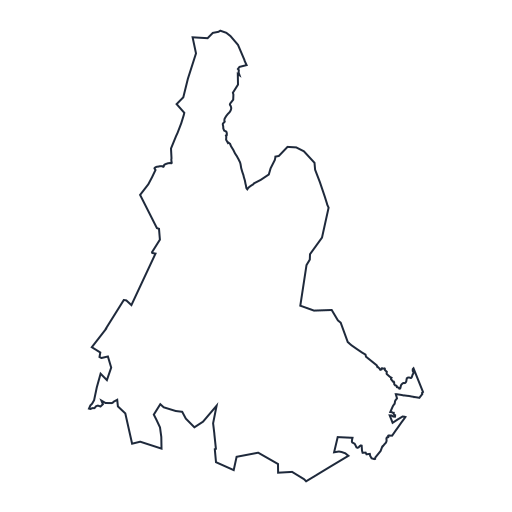 Tlalchapa, Guerrero, Mexico (Robinson projection)
{"feature_id": "50627088B97959743507654", "entity_name": "Tlalchapa", "entity_type": "district", "adm_level": 2, "iso_a3": "MEX", "parent_name": "Mexico", "parent_adm1": "Guerrero", "projection": "robinson", "projection_center": [-100.395, 18.462], "detail": "fine", "context": "isolated", "style": "outline", "palette": "slate", "viewbox_px": 512, "rotation_deg": 0, "n_neighbors": 0, "source": "geoboundaries", "source_scale": "gbopen_adm2", "svg_char_len": 5980}
<svg xmlns="http://www.w3.org/2000/svg" viewBox="0 0 512 512"><path d="M192.6,37.3L196.0,53.4L187.9,78.7L183.3,97.3L176.6,104.1L184.3,112.8L183.7,115.3L181.2,123.4L177.5,133.0L176.1,136.0L171.0,148.5L171.5,158.3L171.3,159.5L171.4,160.7L171.5,161.5L171.6,162.1L171.6,162.4L171.7,162.8L171.6,163.1L171.4,163.2L171.2,163.3L170.6,163.2L170.3,163.0L170.1,162.9L169.8,163.0L169.4,163.2L169.1,163.2L168.2,163.2L167.6,163.4L167.1,163.6L166.0,163.9L165.4,164.3L164.7,164.5L164.3,164.8L164.0,165.3L163.8,166.2L163.7,166.5L163.4,166.8L163.1,166.8L162.9,166.5L162.6,166.3L162.4,166.2L162.0,166.2L160.9,166.2L160.2,166.2L159.0,166.4L158.0,166.7L157.1,166.7L156.4,166.9L155.7,167.2L155.2,167.5L154.8,167.8L154.6,168.0L154.5,168.5L155.5,170.0L152.2,176.9L152.0,177.3L148.3,184.3L140.1,194.9L148.6,211.7L156.9,228.1L159.0,228.8L159.9,239.7L159.3,240.6L152.0,252.2L152.3,253.0L155.5,253.6L131.4,305.1L126.3,300.4L123.8,300.0L105.9,328.6L106.1,328.8L91.8,347.2L100.3,352.5L99.5,357.0L101.3,358.0L107.9,356.5L111.2,367.6L106.9,380.1L100.6,373.7L96.8,387.3L94.1,400.2L92.1,403.7L90.4,405.4L89.0,408.6L90.5,409.0L92.4,408.1L94.5,408.1L96.1,406.2L97.9,405.6L100.5,406.5L102.9,404.2L101.4,400.6L105.5,403.0L111.6,403.1L112.6,402.8L113.7,401.7L117.2,399.8L117.9,406.4L125.3,413.4L132.1,443.7L140.2,441.7L161.5,448.6L161.3,437.0L160.0,427.4L156.3,419.5L153.8,414.6L160.3,404.2L163.7,407.3L175.7,411.0L182.2,411.8L185.8,418.6L194.4,427.3L203.0,421.7L216.6,405.7L213.1,423.3L214.3,433.3L214.4,434.6L215.9,448.8L214.8,449.2L216.0,462.2L233.7,470.1L236.6,456.8L258.2,452.7L278.0,464.0L278.1,472.7L292.1,471.9L304.2,479.3L306.1,481.3L330.7,466.4L348.4,455.8L345.3,453.3L341.6,452.0L338.9,451.5L334.1,452.3L337.7,437.1L352.5,437.8L352.0,440.0L351.9,441.6L352.2,442.4L353.4,443.1L354.6,443.7L355.4,445.1L356.3,447.0L356.5,447.4L357.6,447.8L358.7,447.3L359.7,446.1L360.9,445.4L361.1,445.5L361.3,445.9L361.6,444.9L362.0,450.6L362.6,452.8L365.6,452.6L366.5,454.3L369.8,453.9L370.2,455.9L371.6,458.3L374.3,459.1L375.1,458.9L375.1,458.7L375.2,457.9L375.4,457.4L380.6,451.0L382.3,446.5L382.6,446.2L382.8,446.3L384.4,444.3L385.9,442.7L386.2,442.0L386.4,441.5L386.5,441.0L386.6,440.2L386.5,439.7L386.5,439.3L386.4,438.9L386.5,438.3L386.7,437.8L386.8,437.5L387.1,437.5L387.7,437.4L388.0,437.3L388.3,437.1L388.2,436.6L388.1,436.1L388.2,435.7L388.4,435.6L388.7,435.5L389.1,435.4L389.7,435.7L390.0,435.7L390.4,435.7L390.7,435.6L391.1,435.6L391.3,435.6L391.6,435.6L391.8,435.7L392.1,435.7L396.4,429.5L396.6,429.3L397.8,427.6L401.3,422.6L403.7,419.4L405.4,417.0L404.8,416.8L404.3,416.7L404.1,416.7L402.6,416.5L399.0,418.7L398.1,419.2L392.6,422.8L392.0,421.2L389.7,415.4L391.7,415.5L392.4,416.1L392.7,416.3L392.9,416.4L394.2,416.7L394.3,416.7L395.0,416.7L395.1,416.0L395.1,415.2L394.4,415.0L394.0,414.3L393.6,413.5L393.5,413.3L393.6,412.9L393.0,412.9L392.6,412.6L392.4,412.4L392.2,412.4L391.2,412.1L390.3,412.0L392.9,406.1L393.7,404.9L393.9,404.6L394.1,404.3L394.5,404.0L394.7,403.3L394.8,403.0L394.8,402.7L394.9,402.2L395.0,401.4L395.4,400.4L397.0,398.4L396.9,398.0L395.8,394.2L396.6,394.2L400.5,394.8L401.6,395.0L403.9,395.5L404.2,395.4L407.2,395.8L408.0,395.9L408.3,395.9L409.6,396.1L410.2,396.2L410.9,396.4L412.2,396.6L413.9,396.9L414.1,397.1L414.4,397.0L419.4,397.8L420.2,396.7L422.1,394.3L422.3,394.0L422.0,393.0L423.0,392.0L413.5,368.3L413.2,368.6L412.8,369.1L412.7,370.2L412.8,371.1L413.3,371.9L413.5,372.5L413.4,373.0L413.2,373.8L412.8,374.2L412.5,374.9L412.2,375.9L411.8,377.1L411.2,377.9L410.7,378.0L410.0,377.7L409.0,377.5L408.1,377.5L407.6,377.8L406.8,378.3L406.7,379.0L406.5,379.7L406.4,380.7L406.2,381.5L405.9,382.1L405.4,382.7L405.0,383.0L404.3,383.1L403.4,383.0L402.8,383.3L402.2,383.8L401.4,384.6L400.9,385.5L400.7,386.6L400.4,388.0L400.0,388.6L399.7,388.7L399.2,388.6L398.7,387.7L398.1,387.5L397.5,387.3L397.0,387.1L396.9,387.1L396.8,386.9L396.8,386.7L396.8,386.3L396.5,385.8L395.9,385.5L395.2,385.4L394.5,384.6L394.2,384.1L394.2,383.4L394.2,383.1L394.1,382.3L393.8,381.7L393.5,381.7L393.2,381.8L392.8,381.5L392.8,381.3L392.1,380.4L391.8,380.2L391.4,379.6L391.0,379.1L391.0,378.7L391.3,378.1L391.5,377.8L390.0,376.9L389.5,376.5L387.6,374.8L386.8,374.1L386.6,373.7L386.7,372.2L386.8,371.8L386.3,371.3L385.9,371.0L384.9,370.0L384.9,369.7L384.8,368.6L384.6,368.4L384.1,368.5L383.7,368.6L383.1,368.6L382.0,368.2L381.8,368.3L381.5,369.4L380.5,369.8L380.0,369.6L379.6,368.6L379.0,368.1L378.2,367.4L377.8,366.9L377.4,367.0L377.1,366.3L377.0,365.9L376.8,365.6L376.7,365.3L366.0,356.7L365.5,354.6L362.1,352.6L356.8,349.0L351.5,345.3L348.9,343.1L348.8,342.8L347.8,342.2L340.7,322.7L337.9,320.4L331.7,310.0L314.0,310.6L300.3,305.7L306.5,265.1L309.8,259.6L310.0,254.2L322.0,237.6L328.6,207.7L327.2,204.6L327.0,203.7L324.8,196.7L319.9,182.2L315.1,169.7L314.5,162.8L303.9,151.3L296.2,147.4L287.5,146.9L278.8,156.0L275.4,156.6L275.3,157.7L274.8,160.0L270.6,168.3L268.8,174.5L260.7,179.9L253.9,183.4L253.3,184.3L252.1,185.0L250.7,185.9L249.1,187.1L248.1,188.1L247.3,189.3L246.8,188.7L246.4,188.1L246.1,186.5L245.9,185.3L245.5,183.8L244.9,180.6L244.4,178.9L243.9,177.3L243.4,175.1L242.7,173.1L242.2,171.6L241.6,169.5L241.2,168.1L240.8,165.7L240.6,164.5L240.3,163.2L239.9,162.0L239.3,160.9L238.5,159.2L237.6,157.6L236.8,156.1L235.9,154.8L234.9,153.2L233.4,150.1L232.8,149.1L231.0,146.2L230.2,144.2L230.1,143.9L228.3,142.5L227.9,142.9L226.1,139.7L226.3,136.6L225.9,135.6L226.2,135.2L226.8,135.0L226.8,133.6L226.8,133.1L226.3,131.6L224.2,130.6L223.3,128.5L223.2,126.4L222.8,124.6L222.9,124.0L222.9,123.6L224.7,121.7L224.4,120.9L224.4,119.8L224.6,118.8L225.2,117.7L226.3,115.9L227.1,114.9L227.8,114.0L229.5,112.3L230.3,111.1L230.9,109.8L231.2,108.6L231.2,107.8L231.0,107.0L230.7,106.0L230.1,105.1L229.9,104.5L230.2,103.5L233.2,99.7L233.4,94.6L232.9,92.7L238.0,84.6L237.8,74.0L239.5,75.2L238.7,72.9L238.7,71.1L238.8,70.8L238.8,70.1L237.9,69.0L239.5,66.9L246.6,65.1L244.6,60.8L244.4,59.9L238.0,44.9L230.5,36.1L226.3,32.8L220.3,30.7L218.5,31.8L212.8,32.9L207.6,38.2L192.6,37.3Z" fill="none" stroke="#1e293b" stroke-width="2"/></svg>